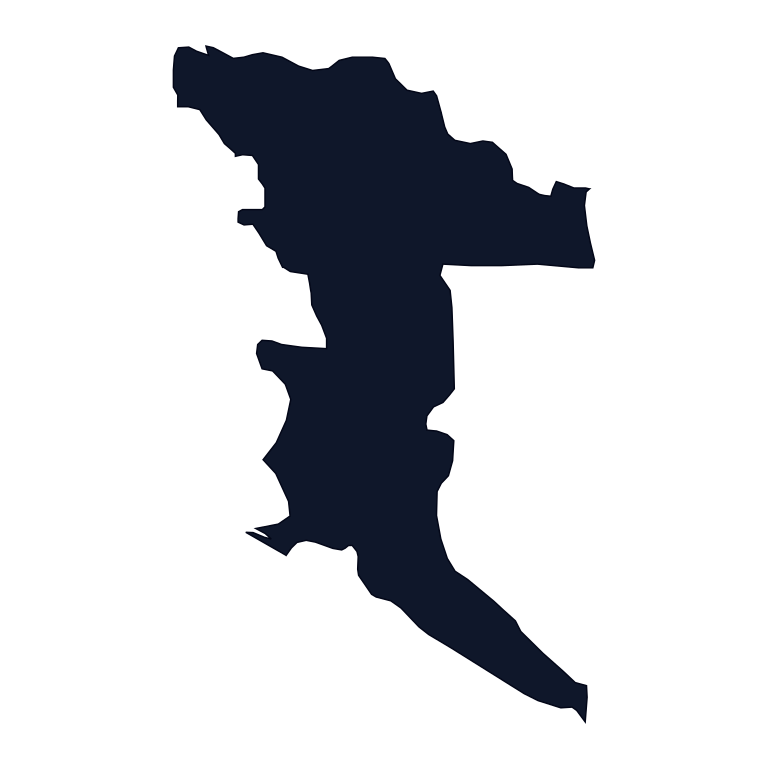 an SVG outline of Herzegovina-Neretva
{"feature_id": "BIH-2228", "entity_name": "Herzegovina-Neretva", "entity_type": "Canton", "adm_level": 1, "iso_a3": "BIH", "parent_name": "Bosnia and Herzegovina", "parent_adm1": "", "projection": "natural_earth1", "projection_center": [17.847, 43.217], "detail": "fine", "context": "isolated", "style": "filled", "palette": "ink", "viewbox_px": 768, "rotation_deg": 0, "n_neighbors": 0, "source": "natural_earth", "source_scale": "10m", "svg_char_len": 2939}
<svg xmlns="http://www.w3.org/2000/svg" viewBox="0 0 768 768"><path d="M341.7,549.9L332.9,548.4L315.4,542.1L306.2,540.3L297.0,542.4L291.4,547.9L286.1,555.4L285.9,555.2L245.8,532.3L253.1,532.6L264.4,537.3L271.4,539.1L265.2,533.5L255.8,528.5L278.3,524.1L290.1,516.0L288.6,501.5L288.6,501.4L275.8,473.5L263.1,459.7L276.3,442.7L286.4,420.3L290.8,399.4L286.0,386.1L285.2,384.1L272.6,370.9L263.1,369.0L262.1,368.8L257.8,356.8L256.6,353.5L257.7,344.5L262.1,340.3L272.0,341.0L281.5,344.5L290.1,345.7L301.8,347.3L325.4,348.6L326.6,348.7L326.6,338.2L322.3,326.8L321.6,325.0L320.6,323.2L316.7,316.0L311.8,304.9L311.7,303.2L311.2,293.0L310.7,290.4L309.6,283.2L307.9,274.2L290.3,271.5L283.7,267.3L282.6,267.3L278.2,258.2L276.0,251.3L266.6,245.7L259.0,233.2L252.9,224.2L246.5,224.7L244.1,224.9L243.8,224.8L238.1,222.1L238.1,218.7L238.6,211.7L239.4,211.3L242.5,209.6L247.4,209.6L256.2,209.6L262.3,209.6L263.9,208.0L265.0,206.9L265.0,198.5L265.0,188.1L262.3,183.9L258.5,179.0L258.5,174.1L258.5,164.5L255.2,159.6L252.4,155.4L251.7,155.4L242.6,154.7L237.6,155.8L235.4,156.3L235.4,153.3L229.3,147.8L224.4,143.6L219.0,134.5L206.3,119.9L199.8,109.6L188.2,106.7L182.1,106.7L177.7,106.7L177.7,101.2L177.8,95.0L173.4,87.3L173.4,80.4L173.4,70.0L173.7,66.2L174.5,56.0L177.2,50.4L178.4,47.8L188.8,47.1L196.5,51.2L208.6,55.4L206.4,47.7L206.0,46.1L213.3,47.7L221.8,52.2L233.3,58.4L243.9,57.2L252.4,54.7L263.0,52.8L282.0,57.2L298.6,66.1L312.6,70.5L328.7,68.6L331.9,66.2L339.2,60.4L352.3,57.2L372.4,57.2L384.9,58.5L387.5,61.7L388.9,63.6L393.4,74.1L395.4,78.8L407.0,90.2L408.4,90.5L421.6,93.4L433.2,91.1L436.6,95.9L440.7,110.9L441.2,112.5L441.4,113.6L444.7,127.0L447.7,134.0L454.8,140.3L468.1,143.1L470.3,143.6L473.2,143.0L482.9,141.0L491.5,142.2L492.4,142.3L495.4,145.0L506.0,154.3L512.1,169.0L512.4,176.8L512.6,180.4L517.1,183.5L528.7,187.4L537.7,193.4L539.2,194.3L540.7,194.7L544.8,195.6L549.6,196.1L550.8,196.3L552.8,189.2L556.3,181.6L564.2,184.1L564.3,184.2L573.9,188.0L585.5,188.0L589.4,188.9L589.5,188.9L586.6,191.5L586.1,192.0L584.4,205.5L586.8,225.8L590.4,243.0L594.6,260.3L592.8,267.8L578.6,267.8L537.5,264.1L501.2,265.6L471.5,265.6L442.9,264.1L440.9,271.6L439.9,275.4L450.1,290.4L451.9,307.7L453.1,341.4L454.3,388.8L449.6,394.8L443.0,402.4L433.5,406.9L426.9,415.9L425.8,424.1L427.0,430.1L435.0,430.9L436.5,431.0L438.6,431.7L447.2,434.7L453.8,440.7L453.1,452.0L452.6,460.7L448.4,475.7L445.5,478.8L441.3,483.2L437.1,491.5L436.6,510.6L436.5,515.6L436.7,516.6L440.8,538.9L447.3,558.5L454.6,570.5L455.0,571.3L455.3,571.4L467.6,579.5L493.9,601.3L503.4,610.1L515.4,620.9L519.0,628.0L520.8,631.5L542.9,653.3L563.3,671.4L575.2,682.6L586.5,685.7L587.1,697.3L585.2,721.9L576.7,710.4L572.1,707.1L560.8,707.8L538.1,700.6L524.3,693.7L451.3,648.0L428.7,634.5L419.0,626.9L401.0,608.0L390.8,600.8L376.2,597.0L371.6,594.3L358.6,575.3L357.7,569.2L358.2,556.6L357.0,551.5L352.2,545.4L348.4,545.5L345.1,548.2L341.7,549.9Z" fill="#0f172a" stroke="#020617" stroke-width="1.5"/></svg>